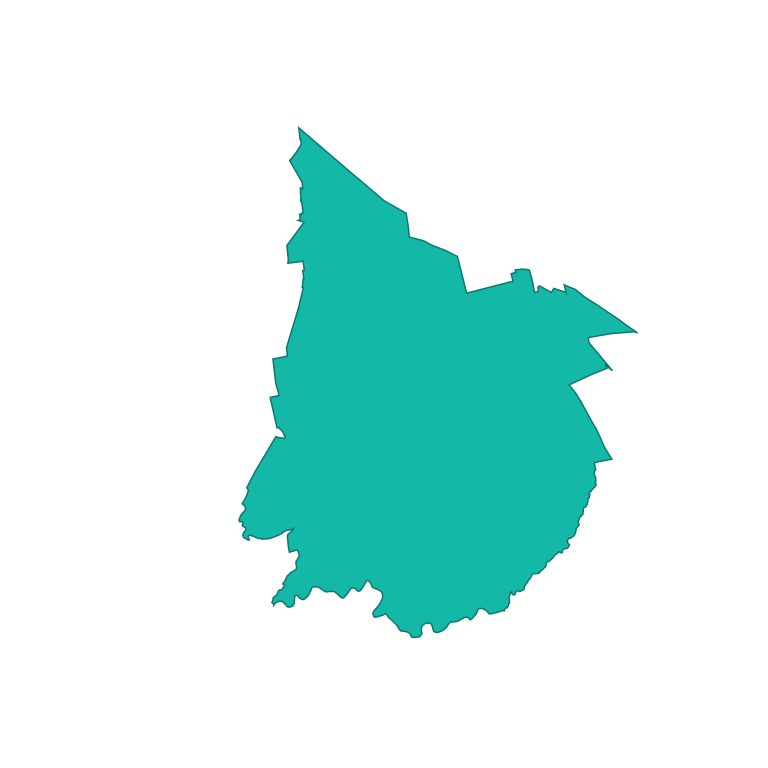 San Andrés Cholula, Puebla, Mexico (Mercator projection), rotated 50°
{"feature_id": "50627088B61245588023001", "entity_name": "San Andrés Cholula", "entity_type": "district", "adm_level": 2, "iso_a3": "MEX", "parent_name": "Mexico", "parent_adm1": "Puebla", "projection": "mercator", "projection_center": [-98.283, 19.022], "detail": "fine", "context": "isolated", "style": "filled", "palette": "teal", "viewbox_px": 768, "rotation_deg": 50, "n_neighbors": 0, "source": "geoboundaries", "source_scale": "gbopen_adm2", "svg_char_len": 6158}
<svg xmlns="http://www.w3.org/2000/svg" viewBox="0 0 768 768"><g transform="rotate(50 384 384)"><path d="M520.7,200.5L495.1,200.4L484.2,200.5L483.7,199.9L482.4,199.5L481.1,198.6L479.9,197.4L490.9,178.4L504.5,159.1L506.9,157.4L506.3,157.4L495.3,160.4L486.9,162.4L479.4,164.4L479.1,164.7L478.2,164.8L477.2,165.2L466.0,168.3L465.1,168.8L464.6,168.7L458.9,170.4L449.7,173.4L445.9,174.5L434.9,176.6L433.9,176.9L429.1,179.6L423.8,182.2L431.4,185.9L430.3,186.0L419.9,192.5L421.5,196.8L415.1,199.5L414.0,199.8L408.6,201.9L408.8,204.0L411.4,205.5L412.2,206.6L410.7,209.8L398.1,202.9L396.4,202.3L390.5,199.6L390.2,199.5L388.9,200.2L385.0,204.1L380.9,210.2L383.1,211.2L383.2,211.5L381.2,215.7L388.2,219.1L367.5,262.3L333.4,245.7L329.8,247.5L322.2,250.6L308.2,258.2L300.2,261.4L287.6,270.1L279.3,264.4L267.4,257.3L243.5,266.2L223.3,269.5L200.0,273.6L133.0,284.6L142.6,291.0L142.9,290.6L147.2,293.3L150.0,301.8L151.7,309.2L152.1,312.4L152.3,312.7L177.1,317.1L182.2,320.9L180.0,322.0L184.4,325.5L189.6,329.2L189.4,329.6L190.9,330.5L191.9,330.1L201.0,336.1L200.0,337.7L200.9,338.3L200.2,339.4L200.4,339.6L200.1,339.9L201.0,340.3L204.1,342.8L203.5,344.6L208.7,341.3L215.5,369.4L227.0,377.2L229.7,380.0L238.0,367.1L245.8,372.0L244.9,373.3L252.1,378.0L251.8,378.6L257.5,384.6L258.2,383.6L268.0,396.9L270.3,399.9L293.5,435.3L300.6,440.1L293.4,453.0L313.7,466.3L325.4,471.7L321.1,479.8L348.7,494.1L349.6,492.9L353.1,492.4L355.4,492.3L358.5,493.0L359.7,493.6L360.5,493.4L361.2,493.9L361.9,494.9L356.7,499.6L354.8,500.6L368.4,539.4L375.3,555.9L377.7,556.0L378.8,556.8L381.5,561.6L383.6,566.6L383.8,567.9L384.5,569.4L384.8,569.6L388.1,569.2L389.7,569.6L390.1,569.7L391.7,571.6L391.8,574.4L392.6,578.6L393.6,579.9L394.3,581.6L395.2,582.6L396.2,583.1L396.9,583.0L398.2,581.1L398.9,580.9L399.6,581.2L401.0,583.2L401.6,583.5L402.4,583.6L404.4,582.6L405.1,582.5L406.7,583.3L407.1,583.8L407.4,586.3L408.0,588.0L409.7,589.7L411.0,590.2L412.0,590.0L414.1,589.1L416.4,588.4L416.8,587.2L414.5,586.7L413.5,585.9L413.2,585.1L413.5,584.1L414.6,583.2L417.9,581.4L420.6,580.1L424.0,576.9L424.3,577.3L425.2,575.9L427.0,573.9L427.7,572.8L429.8,568.5L431.9,562.2L432.7,558.8L432.8,555.7L433.3,552.8L435.8,549.3L436.2,547.6L435.9,545.4L437.5,548.2L437.4,553.7L437.8,555.0L438.6,555.9L447.7,562.2L452.0,564.6L454.4,559.2L454.9,557.2L457.3,557.6L460.6,558.9L461.3,559.3L461.8,561.4L462.4,561.8L463.1,564.8L463.7,565.8L464.6,566.6L468.4,568.9L469.3,570.0L469.5,571.5L468.4,576.8L468.9,579.5L468.7,581.3L471.4,587.1L471.6,589.1L472.1,589.9L472.5,590.1L473.0,589.8L474.6,589.9L475.0,590.3L475.1,592.5L475.6,593.3L475.8,594.4L474.6,596.6L474.6,597.7L474.7,598.1L475.5,599.3L476.2,601.1L476.6,601.6L476.5,606.5L477.4,607.1L478.0,607.9L478.6,608.7L478.8,609.7L479.2,610.1L480.3,610.5L481.7,609.9L482.6,610.6L482.0,608.4L482.3,606.2L482.9,604.4L484.4,602.2L485.7,601.6L489.6,601.2L492.3,601.3L494.0,600.1L495.2,597.5L495.4,596.7L494.3,593.8L489.4,589.0L489.0,587.4L490.7,586.2L494.2,586.3L496.5,585.2L497.4,584.0L497.7,582.5L497.6,579.2L496.9,576.9L495.0,572.3L494.1,571.2L493.6,570.0L494.0,568.5L496.8,565.3L497.8,564.7L504.9,562.6L506.3,561.8L507.5,559.7L509.1,557.8L510.1,556.3L511.4,555.4L515.1,554.6L519.4,554.3L520.9,553.6L521.8,552.5L521.8,551.2L520.8,545.6L519.5,541.6L519.5,539.7L520.7,538.6L522.0,537.6L523.6,537.3L525.1,537.5L526.1,537.0L527.0,535.6L526.8,533.4L525.4,528.9L524.2,525.9L523.7,523.7L524.3,522.6L526.0,522.1L527.5,522.1L531.7,523.4L533.4,523.2L538.2,520.4L540.3,519.8L541.8,519.6L543.0,519.8L544.6,520.8L546.6,522.2L548.2,525.0L549.0,526.6L550.4,531.5L551.3,537.2L551.7,538.5L552.5,539.8L553.3,540.4L555.4,541.3L556.8,541.0L558.7,537.4L559.7,534.9L560.4,533.0L560.8,531.2L561.5,530.2L564.1,530.2L565.5,530.6L571.4,529.7L577.0,529.2L581.9,530.0L584.1,529.7L585.0,529.1L585.8,527.9L588.5,525.9L590.3,524.9L591.6,524.8L593.5,524.9L595.0,525.5L595.8,525.4L597.3,524.1L600.2,519.9L600.4,518.3L599.6,515.6L598.6,514.7L597.5,514.3L595.4,512.7L594.8,512.1L594.0,510.3L593.7,508.7L593.9,506.6L594.7,504.7L596.6,502.9L598.2,502.2L599.5,502.3L605.3,504.9L606.4,504.6L608.7,503.0L610.2,498.9L610.7,496.4L610.6,493.5L610.3,491.8L609.3,488.3L609.2,486.2L612.8,480.7L613.5,478.6L614.5,472.8L615.7,470.4L617.4,469.6L619.7,469.6L620.3,469.2L620.2,466.4L619.5,461.6L618.1,458.5L617.0,457.0L616.9,456.0L617.5,454.8L618.7,453.5L620.6,452.2L623.6,451.2L627.6,451.3L628.4,450.5L630.4,446.5L631.5,444.6L633.6,439.3L634.3,438.2L635.0,437.9L634.2,436.5L633.8,435.0L634.2,434.5L634.5,433.2L634.0,432.8L634.0,431.5L632.6,430.0L632.6,428.8L631.1,427.5L627.8,425.3L625.2,421.4L625.1,420.7L625.1,420.4L625.4,420.0L626.0,420.1L626.6,420.7L627.8,420.8L628.7,420.4L629.3,419.8L629.4,419.3L629.1,418.4L627.7,415.8L627.7,415.0L627.8,414.7L630.0,413.7L630.3,413.2L630.9,411.1L630.9,410.1L631.4,408.9L631.1,408.3L629.6,407.0L629.2,406.0L628.5,403.7L628.4,402.5L627.0,398.9L627.0,396.8L625.5,394.1L625.1,391.6L626.8,389.8L628.6,386.9L627.9,383.7L628.1,382.1L627.8,378.8L627.9,377.7L624.8,373.8L625.3,372.7L625.9,372.2L626.0,370.1L625.6,365.3L625.1,364.4L625.0,362.6L625.2,358.7L624.9,357.7L625.2,357.4L626.4,357.2L627.7,356.3L627.5,355.6L626.0,353.8L626.2,351.8L627.5,349.4L627.5,347.9L626.7,345.7L626.4,345.3L623.7,345.4L621.8,344.2L621.1,341.9L621.1,341.3L621.8,340.7L622.1,339.9L622.2,337.8L622.5,337.0L621.9,334.4L621.3,333.7L619.7,331.0L619.0,330.5L618.4,330.3L618.2,328.6L617.8,327.7L617.7,326.2L617.0,324.8L615.5,324.7L614.5,323.9L612.1,319.8L611.8,318.1L611.7,315.4L611.1,314.9L609.7,313.2L607.9,311.7L607.5,310.8L607.2,309.9L607.7,308.2L607.1,306.9L607.1,306.2L606.0,305.0L604.9,303.0L603.9,302.6L603.5,302.2L603.1,301.7L603.2,300.5L602.0,298.6L601.0,297.5L600.3,297.8L599.6,297.3L599.6,296.4L598.9,295.8L598.9,295.2L599.3,294.8L598.5,291.6L598.5,289.0L597.6,286.2L597.1,285.9L596.2,286.2L595.7,286.0L595.1,285.3L594.9,284.5L591.7,282.0L588.3,281.1L586.5,279.6L586.0,278.3L585.8,277.1L584.8,276.2L583.6,276.0L583.0,275.4L580.1,273.9L579.4,273.1L579.8,272.9L581.3,269.9L588.0,257.8L573.3,255.6L563.5,252.6L554.4,250.2L549.7,249.6L524.2,244.5L514.7,243.1L511.3,242.9L503.6,242.9L510.1,219.0L515.3,203.1L511.6,201.9L511.3,201.4L516.2,201.3L520.7,200.5Z" fill="#14b8a6" stroke="#0f766e" stroke-width="1.5"/></g></svg>